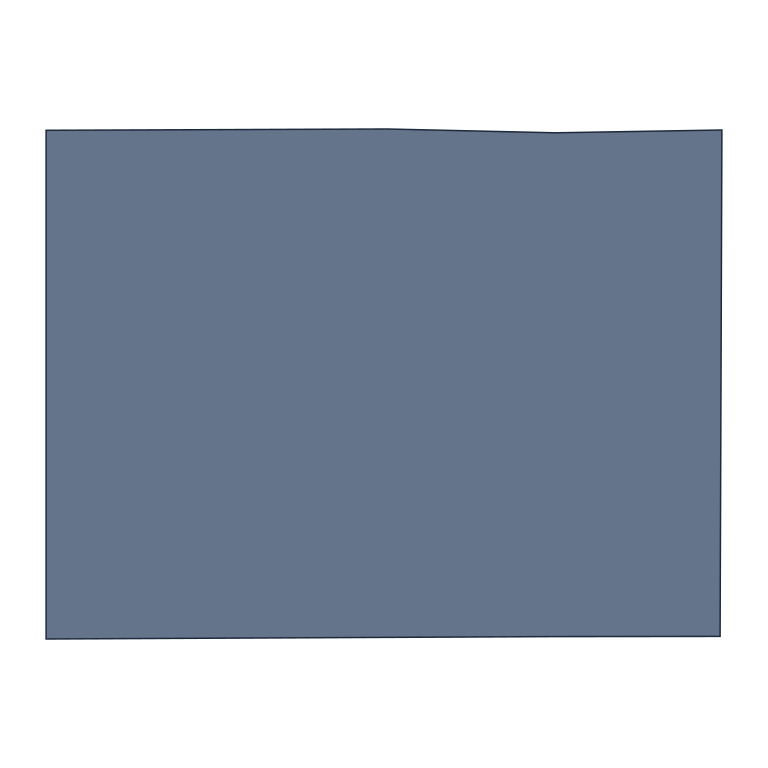 Jefferson, Iowa, United States of America (orthographic projection)
{"feature_id": "52423323B65380617817851", "entity_name": "Jefferson", "entity_type": "district", "adm_level": 2, "iso_a3": "USA", "parent_name": "United States of America", "parent_adm1": "Iowa", "projection": "orthographic", "projection_center": [-91.948, 41.032], "detail": "fine", "context": "isolated", "style": "filled", "palette": "slate", "viewbox_px": 768, "rotation_deg": 0, "n_neighbors": 0, "source": "geoboundaries", "source_scale": "gbopen_adm2", "svg_char_len": 225}
<svg xmlns="http://www.w3.org/2000/svg" viewBox="0 0 768 768"><path d="M46.1,130.3L46.1,639.0L552.5,636.6L720.1,636.4L721.9,130.0L555.4,132.8L387.6,129.0L46.1,130.3Z" fill="#64748b" stroke="#1e293b" stroke-width="1.5"/></svg>